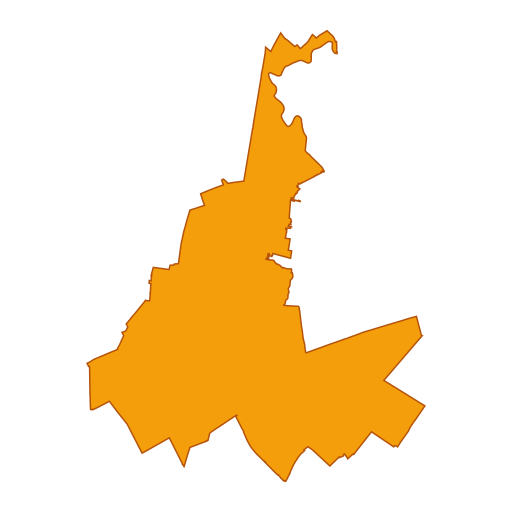 outline of Stichtse Vecht, Utrecht, Netherlands
{"feature_id": "6326949B24894131059498", "entity_name": "Stichtse Vecht", "entity_type": "district", "adm_level": 2, "iso_a3": "NLD", "parent_name": "Netherlands", "parent_adm1": "Utrecht", "projection": "albers", "projection_center": [5.022, 52.203], "detail": "fine", "context": "isolated", "style": "filled", "palette": "amber", "viewbox_px": 512, "rotation_deg": 0, "n_neighbors": 0, "source": "geoboundaries", "source_scale": "gbopen_adm2", "svg_char_len": 5953}
<svg xmlns="http://www.w3.org/2000/svg" viewBox="0 0 512 512"><path d="M416.4,316.4L409.8,318.2L363.8,332.1L345.1,339.0L344.2,339.0L343.2,339.6L329.2,344.5L308.2,352.1L306.1,352.8L305.7,352.4L305.0,348.2L304.7,344.8L303.3,338.8L302.9,336.4L302.2,330.2L301.6,327.3L299.8,312.1L299.1,307.3L298.3,306.3L289.9,305.9L283.9,305.4L283.9,304.8L284.6,304.4L285.0,303.8L285.7,300.3L286.1,299.8L287.2,299.2L287.8,298.3L288.1,294.2L288.8,292.8L289.0,292.1L288.9,291.5L288.5,290.1L288.3,288.8L288.4,288.2L288.7,287.6L289.8,286.1L290.3,280.7L290.7,279.9L292.3,278.2L292.9,276.5L292.8,275.2L292.3,272.8L291.2,272.7L291.7,270.6L291.4,269.2L291.3,269.3L291.2,269.0L286.8,268.8L285.6,268.3L283.4,267.7L282.8,268.0L282.6,267.8L282.6,267.4L281.4,267.2L280.6,265.9L279.6,265.1L279.1,265.0L277.9,264.2L276.6,264.0L276.6,263.7L275.4,262.8L274.0,260.7L273.5,260.3L272.9,260.1L269.4,259.9L268.9,259.7L268.3,259.9L265.9,259.0L266.1,258.6L268.3,259.4L268.7,259.3L268.0,258.7L267.8,258.1L266.4,257.4L266.9,257.4L268.1,258.0L268.7,258.6L268.8,256.7L267.9,256.9L267.8,256.5L268.0,253.6L269.3,253.9L269.1,255.9L271.3,256.1L271.3,256.4L271.8,256.5L271.9,255.3L272.5,255.4L272.8,253.5L290.5,258.3L291.7,250.9L288.3,250.2L289.1,245.6L289.2,245.4L289.2,245.1L290.1,238.9L285.3,238.2L285.6,236.9L286.4,232.2L286.6,232.2L286.6,231.2L286.8,230.2L286.8,229.6L285.8,229.6L285.9,228.1L290.6,228.3L290.7,227.3L290.5,226.8L291.5,226.7L291.4,226.5L291.0,226.3L288.6,226.3L288.4,226.1L289.1,225.9L288.9,225.4L288.9,224.4L290.9,224.3L290.5,222.9L291.1,222.4L291.3,221.6L290.9,221.5L291.2,220.7L290.8,219.0L290.3,218.5L289.2,218.1L290.5,200.3L294.5,201.2L294.8,200.2L298.9,201.3L298.9,201.1L300.0,201.6L300.3,201.1L299.0,200.4L298.9,201.0L291.0,199.2L291.2,197.7L293.8,198.2L294.0,197.4L294.1,196.9L294.5,196.0L295.9,193.3L296.6,193.6L297.4,192.0L297.2,191.6L298.0,190.6L299.1,189.8L299.8,188.8L297.6,187.3L297.9,186.9L297.0,186.8L296.6,186.0L298.0,185.4L298.4,183.3L299.7,184.1L301.0,183.4L301.5,182.7L301.9,182.9L314.7,176.3L314.9,176.0L314.8,175.9L315.4,175.5L315.7,175.7L316.5,175.3L317.1,174.5L317.5,174.8L321.8,172.6L321.1,172.0L321.8,171.5L322.0,171.6L322.6,171.0L323.8,172.0L324.2,171.6L323.8,170.3L323.3,169.9L322.8,168.5L321.8,167.0L311.1,156.6L309.1,154.3L308.0,153.7L306.3,152.1L305.2,150.6L306.2,141.3L306.5,138.1L306.4,137.2L306.0,136.2L304.3,133.7L303.5,131.6L302.2,127.0L302.1,124.6L301.5,122.1L301.4,119.4L301.0,118.6L300.5,117.8L299.2,116.5L298.0,115.9L296.9,115.9L295.9,116.4L294.9,117.4L294.0,118.8L292.6,122.3L291.8,123.7L290.3,125.5L289.0,126.4L287.7,126.4L287.0,125.9L284.5,122.7L282.8,120.0L281.7,117.6L281.4,116.6L281.4,115.6L281.7,114.3L283.2,112.1L283.8,110.6L284.1,108.6L283.8,106.8L282.9,105.0L281.6,103.2L280.2,101.8L275.7,98.2L274.4,96.4L274.2,95.8L274.4,95.2L275.8,93.1L276.3,91.5L276.5,89.3L276.2,87.5L275.8,86.6L275.2,85.8L272.7,83.6L271.5,82.1L269.4,78.0L268.5,74.7L268.7,73.7L269.2,73.1L269.8,72.8L270.4,72.7L277.2,75.7L279.1,75.9L280.7,75.3L281.3,74.6L281.8,72.9L284.1,68.2L285.1,67.0L286.2,66.2L287.9,65.7L293.0,63.0L299.2,60.6L300.4,60.4L301.8,60.5L303.5,61.1L307.3,62.9L308.5,63.0L309.5,62.8L310.6,62.0L311.2,60.8L311.3,60.0L311.2,55.0L311.3,53.7L311.9,52.1L313.0,50.3L314.3,49.3L318.4,48.0L320.2,47.2L326.0,43.0L328.5,41.6L329.5,41.4L330.7,41.7L331.7,42.0L332.3,42.5L332.4,43.6L332.2,48.3L332.3,49.3L332.6,50.2L333.4,51.6L334.7,53.1L335.9,53.6L337.1,53.6L337.1,51.7L336.5,51.7L336.8,48.0L336.5,41.5L335.4,41.8L334.4,38.6L333.0,36.3L327.0,30.7L319.5,35.3L316.2,38.1L314.3,36.0L312.4,34.5L307.7,42.0L302.1,47.1L300.2,48.6L298.4,46.3L297.0,44.9L294.9,46.6L288.0,40.6L285.3,38.6L284.9,38.7L280.7,32.9L274.2,44.7L270.8,51.5L265.6,47.2L265.6,47.3L265.4,50.9L265.2,53.0L262.8,67.4L261.9,71.7L262.0,72.0L261.8,72.2L261.4,74.1L261.2,76.9L253.2,125.0L253.4,125.0L252.8,128.5L252.6,128.5L252.5,129.2L243.8,181.1L233.2,182.5L227.7,183.4L226.6,181.8L223.4,179.1L221.6,180.1L223.4,184.9L217.7,186.9L208.4,190.5L200.6,193.8L203.5,202.7L204.5,205.4L189.9,210.1L188.0,216.6L187.4,218.4L186.6,221.7L186.2,222.7L185.4,225.9L183.8,231.4L183.0,235.3L181.2,243.4L178.4,263.7L174.3,264.0L174.1,264.2L174.0,265.0L170.1,265.2L169.1,269.5L153.3,267.4L151.8,272.9L151.6,275.1L151.2,275.0L151.2,276.0L151.5,276.0L151.1,280.8L149.3,280.5L149.1,283.3L151.0,283.6L150.8,284.9L150.4,292.5L150.1,292.5L150.1,294.1L150.3,294.1L150.1,296.2L149.5,300.9L147.2,300.7L145.8,300.2L145.0,300.9L145.1,301.0L134.5,314.0L131.5,317.3L131.6,317.5L126.2,324.0L127.8,326.8L125.9,330.9L122.0,332.4L123.7,335.6L119.6,344.7L117.6,348.3L117.4,349.2L117.5,349.4L94.9,358.9L94.7,359.2L93.6,359.5L89.8,362.0L87.1,363.3L88.6,366.5L89.5,366.4L89.6,367.8L89.9,389.3L90.5,409.3L91.2,409.8L92.6,409.2L92.9,409.7L96.9,407.8L109.4,401.3L117.5,412.0L127.2,424.1L142.0,453.1L145.0,451.6L169.3,437.8L182.3,463.5L182.3,464.2L182.8,464.6L183.9,466.3L184.1,465.7L184.3,466.0L186.5,458.2L186.9,457.0L187.1,456.9L187.0,456.4L190.0,447.4L206.7,441.1L206.5,440.7L208.1,440.2L209.5,433.9L209.7,433.7L210.0,432.9L215.1,429.3L221.1,425.4L221.2,425.1L221.5,424.9L221.8,424.9L222.3,424.6L233.4,417.1L235.3,415.9L235.4,416.1L236.8,415.1L236.9,415.5L235.9,416.2L236.1,417.1L242.0,428.6L243.3,430.7L243.7,431.7L243.5,432.0L247.2,440.5L249.5,444.8L251.9,448.4L256.0,453.3L264.4,461.6L264.7,461.4L264.9,461.5L264.7,461.7L265.0,461.9L265.3,462.0L265.1,462.3L274.9,472.3L278.0,475.2L278.3,474.9L278.8,475.3L281.0,478.3L283.2,480.0L283.0,480.4L284.2,481.1L284.4,480.8L284.7,480.7L285.8,481.3L289.9,473.4L289.7,473.3L290.5,471.4L293.6,464.6L295.1,462.0L297.4,458.7L297.3,458.4L300.8,454.0L304.6,450.6L303.9,449.8L308.0,446.7L312.3,449.7L329.9,466.0L339.1,457.0L339.5,457.6L343.5,455.9L343.5,454.7L344.3,453.9L345.3,455.0L346.3,456.4L347.3,457.8L347.7,458.8L353.3,453.8L353.8,454.3L371.5,431.8L393.8,446.9L394.5,445.9L395.0,445.6L395.7,445.7L397.5,446.9L401.3,441.1L408.4,431.1L410.1,427.5L413.4,422.4L415.1,420.2L424.9,405.9L383.8,380.4L422.1,335.8L421.6,335.8L421.5,335.7L416.4,316.4Z" fill="#f59e0b" stroke="#b45309" stroke-width="1.5"/></svg>